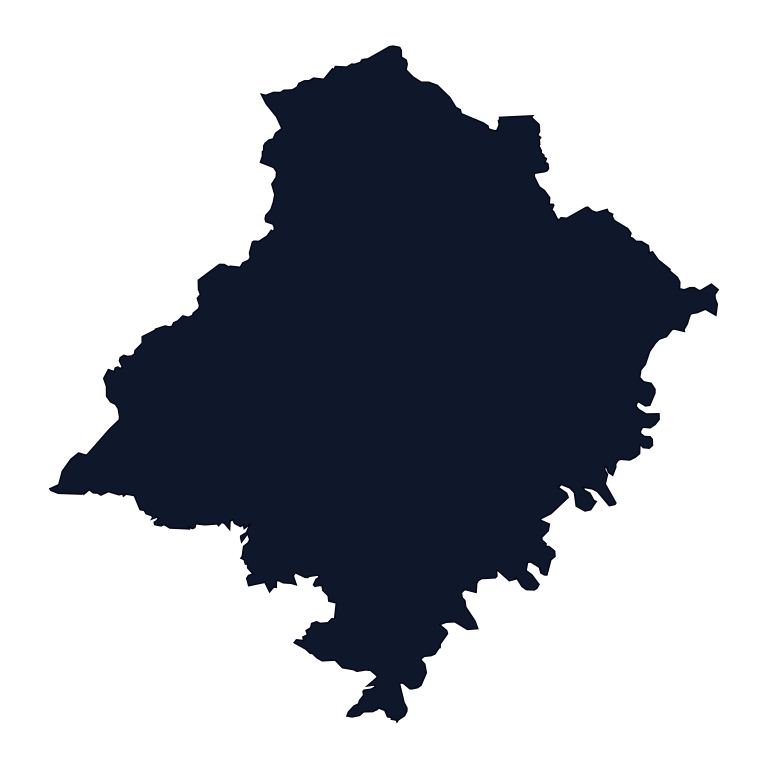 the district of Ahuatlán, Puebla, Mexico
{"feature_id": "50627088B15804587261784", "entity_name": "Ahuatlán", "entity_type": "district", "adm_level": 2, "iso_a3": "MEX", "parent_name": "Mexico", "parent_adm1": "Puebla", "projection": "albers", "projection_center": [-98.289, 18.572], "detail": "fine", "context": "isolated", "style": "filled", "palette": "ink", "viewbox_px": 768, "rotation_deg": 0, "n_neighbors": 0, "source": "geoboundaries", "source_scale": "gbopen_adm2", "svg_char_len": 6082}
<svg xmlns="http://www.w3.org/2000/svg" viewBox="0 0 768 768"><path d="M635.9,241.3L632.7,238.2L629.8,237.1L631.0,233.2L627.7,228.6L614.3,220.5L612.1,216.3L612.7,214.2L608.4,212.3L607.2,209.4L596.6,212.5L591.8,210.8L587.9,207.2L586.1,207.4L566.8,218.3L561.0,217.7L559.6,219.4L557.6,219.6L553.9,212.0L551.8,209.8L553.8,205.3L553.4,204.4L549.2,204.2L549.7,197.8L544.6,190.7L539.3,186.8L534.5,177.2L534.2,174.0L535.3,173.2L544.5,171.7L547.1,170.7L548.5,168.6L548.0,164.2L546.8,163.0L544.8,163.1L546.4,158.6L544.0,157.2L543.8,155.1L541.1,153.0L541.3,150.7L538.9,145.6L539.7,144.5L539.3,139.6L540.7,137.5L537.8,135.3L539.6,131.1L539.0,124.4L532.5,118.4L531.7,116.6L532.6,115.8L499.5,117.4L499.8,119.4L498.4,120.7L499.2,124.9L496.8,130.5L494.3,130.7L488.6,128.9L488.0,126.1L483.4,123.0L461.3,113.7L460.3,109.7L455.9,107.4L449.8,97.5L437.4,85.4L428.7,82.2L421.2,82.2L412.9,76.9L406.1,69.9L407.2,64.1L406.2,60.1L401.4,57.1L401.3,50.3L399.7,47.4L393.1,46.1L389.4,46.7L367.9,58.9L362.9,59.5L361.5,60.2L360.8,62.2L354.6,64.3L351.7,64.1L346.6,67.1L335.4,66.5L333.6,69.9L332.4,68.8L323.8,79.3L313.5,78.1L309.2,80.7L304.2,80.9L298.9,83.4L296.9,87.3L292.2,89.9L283.8,90.3L280.5,92.5L273.7,92.4L265.8,95.3L261.3,94.2L266.1,103.7L276.6,116.8L281.9,128.5L275.6,133.2L273.2,138.9L269.0,140.0L265.2,143.2L263.7,145.9L263.7,150.3L262.4,151.8L262.4,156.5L260.4,162.3L273.7,167.5L276.6,172.0L276.2,177.3L271.8,184.1L274.8,194.6L273.3,202.4L270.9,209.6L265.8,215.4L265.1,218.9L265.9,221.7L272.8,224.0L274.2,226.8L274.3,230.1L272.6,231.2L271.2,230.3L267.1,236.0L258.9,241.4L254.0,241.2L252.4,242.1L249.5,252.9L250.3,257.6L248.5,260.3L242.8,262.8L240.2,267.3L230.1,266.2L228.8,267.0L224.2,264.5L219.5,264.4L198.3,280.2L198.5,289.3L200.4,294.6L197.3,298.3L199.6,305.7L198.6,308.7L193.2,313.2L192.7,315.3L188.3,317.3L182.8,315.9L177.7,321.0L173.7,322.7L172.0,326.3L169.0,326.9L165.1,326.0L155.4,329.2L155.5,330.0L142.2,336.7L142.2,343.2L135.0,350.5L134.5,354.0L131.7,356.0L127.3,356.4L123.8,355.3L120.2,357.7L119.4,360.8L122.5,367.4L120.0,368.5L118.0,367.0L115.2,368.0L114.3,371.6L108.4,369.6L103.7,378.4L106.5,386.4L106.6,396.3L110.5,401.8L115.5,404.4L118.2,408.6L119.6,416.8L119.2,419.9L109.8,428.9L87.2,454.6L85.7,455.1L78.6,453.0L70.9,459.2L62.3,471.3L58.8,484.7L49.8,488.8L50.9,490.4L58.3,493.3L81.8,494.1L83.9,493.1L84.0,494.1L89.2,489.7L93.4,492.9L97.4,493.0L100.9,495.1L108.3,491.6L119.0,494.8L122.7,493.9L123.4,496.1L126.2,494.1L134.3,495.6L140.1,509.7L144.2,510.3L146.1,513.7L151.7,515.6L152.7,517.4L151.7,519.1L156.8,517.1L158.3,517.6L156.9,520.6L154.2,522.2L154.7,524.6L161.0,525.9L164.1,524.5L169.8,528.0L189.4,528.9L188.5,527.0L192.5,528.6L194.8,527.6L195.8,523.8L205.0,524.8L217.2,523.9L218.6,525.7L221.4,522.5L224.3,523.1L229.6,529.4L230.1,521.3L232.6,519.5L234.6,523.4L240.4,526.5L243.4,524.9L244.2,528.6L249.9,524.3L246.5,532.5L240.8,536.0L240.6,537.4L241.6,542.0L247.7,533.5L249.7,539.6L248.2,542.7L243.6,546.4L242.3,556.1L240.9,558.2L244.1,559.6L245.4,564.1L247.5,564.0L247.7,567.9L253.0,574.0L248.6,575.4L246.7,578.3L248.7,585.7L264.9,582.3L269.6,591.9L273.7,587.0L276.3,587.3L276.4,581.0L278.2,580.4L283.4,582.8L291.3,583.3L296.3,584.8L293.2,575.7L295.3,572.7L305.1,577.3L307.9,577.5L308.9,576.4L317.7,575.1L318.7,575.8L319.0,577.5L316.1,579.2L313.5,584.8L314.8,586.3L320.0,585.4L322.2,586.0L322.8,590.4L328.2,595.7L328.8,601.1L336.3,603.0L334.6,618.9L331.7,618.8L327.9,622.8L319.9,623.4L316.7,621.7L311.6,623.5L310.7,627.8L306.1,630.6L307.4,634.3L306.8,635.2L302.9,637.0L303.7,640.6L296.4,639.8L294.2,642.7L305.7,649.1L310.1,653.2L312.6,653.5L316.6,657.5L322.1,660.8L335.1,660.1L342.4,667.7L353.5,669.6L356.9,671.3L365.8,669.9L370.6,670.4L377.3,676.1L376.7,677.8L367.2,686.0L374.3,684.9L375.3,687.0L370.6,689.3L364.0,690.2L363.0,691.4L363.6,695.3L359.5,700.5L358.5,703.9L354.0,706.0L348.5,711.9L346.9,716.0L352.1,716.9L359.6,715.4L363.6,711.8L372.6,711.6L377.2,709.5L378.5,707.9L386.0,710.9L385.2,711.4L387.5,716.8L391.7,717.5L391.3,719.2L396.4,720.1L397.0,721.9L398.4,719.8L404.6,715.7L406.9,711.0L406.9,708.0L404.0,702.4L399.6,684.0L400.6,682.9L403.4,683.3L409.8,688.7L411.4,688.9L417.5,687.7L421.0,685.3L426.3,672.8L424.8,664.2L421.0,660.1L421.3,658.6L424.3,656.3L431.2,655.6L435.0,653.9L438.9,648.0L440.1,647.6L440.2,644.0L447.5,633.7L446.7,630.6L439.6,624.7L446.3,622.2L454.8,621.8L467.3,629.4L477.8,628.6L475.0,621.0L465.8,607.2L464.9,600.7L462.2,597.7L461.3,592.9L463.8,590.3L465.3,589.6L476.1,592.4L476.7,583.5L478.1,580.8L481.4,578.6L495.4,577.8L497.0,576.0L496.6,571.7L497.5,570.1L509.3,580.7L515.9,579.0L516.6,577.9L522.0,586.5L526.4,589.6L534.4,589.9L537.0,588.1L539.0,584.4L531.8,574.8L526.1,570.6L527.5,562.5L530.9,562.0L537.6,566.2L539.5,567.5L540.8,572.8L544.4,574.9L546.9,575.0L550.8,559.9L555.0,556.4L554.6,551.1L548.9,546.5L545.9,546.5L546.0,543.6L542.1,540.2L541.6,537.5L548.2,530.8L549.4,524.1L540.4,520.2L541.0,518.6L551.0,513.6L568.2,497.4L566.6,493.2L558.4,487.5L561.2,484.4L569.8,487.9L574.4,492.6L576.2,506.1L585.0,511.0L590.7,509.7L596.2,501.5L593.7,500.3L589.9,493.2L584.4,490.3L583.2,487.3L592.2,488.8L597.4,491.5L609.3,505.7L615.0,504.4L615.9,503.0L605.2,484.0L607.5,474.4L604.7,469.7L605.0,466.8L606.5,467.3L608.6,472.5L612.7,475.3L615.8,467.1L615.6,464.0L618.2,460.1L621.0,459.3L629.7,460.0L635.3,457.2L639.6,453.6L639.8,445.7L640.6,444.8L643.3,447.6L649.3,448.2L652.5,445.4L652.2,439.2L650.2,436.8L644.4,436.5L640.7,433.7L640.4,431.3L642.0,428.1L643.6,427.2L650.2,427.8L655.1,424.5L659.1,419.5L659.0,413.8L646.1,414.0L638.9,409.6L636.2,406.5L636.6,403.5L638.3,401.5L645.4,405.9L649.8,405.3L654.9,393.2L655.0,389.3L651.1,383.3L643.6,381.8L639.7,377.5L640.8,369.9L645.3,364.5L649.6,351.5L655.4,343.1L659.1,339.2L666.5,336.6L671.8,329.8L673.8,328.9L684.4,331.4L683.9,329.7L687.2,324.1L690.1,315.0L691.6,313.6L697.3,312.6L705.4,309.2L715.9,315.3L717.3,304.3L715.1,298.3L714.9,294.5L718.2,289.7L711.4,284.1L700.8,290.4L698.9,290.5L694.3,287.7L689.9,287.7L684.3,289.8L679.6,288.8L679.8,282.1L677.4,277.4L669.8,271.0L670.0,269.3L658.2,259.9L652.5,251.8L649.3,252.9L648.4,245.7L641.5,241.5L635.9,241.3Z" fill="#0f172a" stroke="#020617" stroke-width="1.5"/></svg>